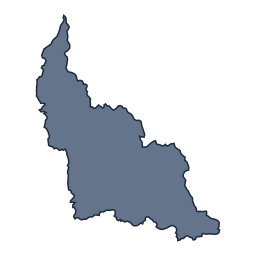 outline of Santa Maria do Suaçuí, Minas Gerais, Brazil
{"feature_id": "56859067B88094460609616", "entity_name": "Santa Maria do Suaçuí", "entity_type": "district", "adm_level": 2, "iso_a3": "BRA", "parent_name": "Brazil", "parent_adm1": "Minas Gerais", "projection": "mercator", "projection_center": [-42.328, -18.209], "detail": "fine", "context": "isolated", "style": "filled", "palette": "slate", "viewbox_px": 256, "rotation_deg": 0, "n_neighbors": 0, "source": "geoboundaries", "source_scale": "gbopen_adm2", "svg_char_len": 4583}
<svg xmlns="http://www.w3.org/2000/svg" viewBox="0 0 256 256"><path d="M63.8,15.4L63.2,17.9L64.1,19.3L63.6,21.1L62.7,22.8L61.7,24.0L60.6,25.5L60.1,27.6L59.6,29.6L59.1,31.6L58.1,33.9L57.0,36.4L55.1,38.1L53.2,39.9L52.0,41.7L51.2,43.9L49.0,45.5L46.7,47.1L45.1,48.2L43.8,49.2L43.4,51.0L42.5,52.9L41.7,55.3L42.5,57.8L45.0,58.7L46.1,61.1L44.8,63.5L44.0,65.3L42.1,66.0L41.4,68.0L42.7,69.0L43.6,70.2L42.8,72.3L42.2,74.8L41.6,76.3L39.2,76.9L38.3,78.8L36.9,79.7L37.0,81.5L37.2,83.6L36.6,86.3L36.6,89.0L36.5,91.2L36.7,93.6L36.4,96.0L37.9,98.0L38.6,99.8L40.0,101.5L40.6,103.2L42.5,103.4L44.9,103.6L44.7,105.2L42.5,106.9L41.5,109.2L39.3,109.9L41.1,111.9L43.8,111.5L45.8,112.5L43.9,113.5L45.7,115.1L47.0,116.8L46.9,118.9L45.5,120.3L45.4,122.7L44.6,125.4L44.2,127.3L46.2,128.4L47.1,130.0L48.2,132.0L48.6,134.1L49.4,135.5L49.2,137.5L48.0,139.0L48.1,140.8L48.4,142.9L48.7,145.3L50.3,146.3L52.6,146.8L54.2,148.8L56.0,148.1L57.6,148.7L59.3,150.4L61.6,149.6L63.2,150.2L65.0,149.1L66.1,150.9L66.7,152.6L66.8,154.4L67.7,156.4L68.3,158.5L68.7,161.1L68.6,163.6L67.5,165.4L68.8,167.7L68.0,169.6L67.7,171.5L67.6,173.2L68.3,175.0L68.2,177.7L68.1,180.3L67.7,182.8L68.1,185.1L68.3,187.8L68.7,189.8L70.9,190.7L71.2,192.5L72.6,194.1L74.2,195.2L74.1,196.8L72.7,198.6L70.8,200.5L70.3,202.2L72.4,202.2L75.2,202.5L73.8,203.7L72.7,205.1L72.9,207.5L74.4,207.4L75.4,209.4L75.8,211.8L75.4,213.7L74.2,215.0L73.7,216.8L75.0,218.9L76.6,217.9L78.2,217.6L79.8,219.1L81.7,219.9L83.1,219.2L85.0,219.4L86.8,218.9L88.5,217.4L90.6,216.9L92.3,216.9L93.7,215.9L95.0,214.8L97.0,215.1L99.2,215.4L99.5,213.5L100.5,211.9L102.2,211.9L104.0,211.8L105.6,210.5L107.2,210.2L109.6,210.4L111.6,210.0L113.4,209.8L115.1,210.7L115.2,212.8L115.3,214.6L114.1,216.0L116.1,217.3L116.8,219.6L118.6,220.7L120.5,219.6L121.0,221.3L123.1,220.5L124.4,222.0L125.9,221.6L127.4,221.1L129.6,222.2L131.4,223.5L133.0,225.5L135.0,225.8L137.6,225.4L139.4,224.1L141.0,222.9L142.6,223.9L143.5,221.4L145.5,220.3L145.2,218.2L146.8,216.8L149.0,217.2L150.2,218.5L152.4,219.9L153.7,221.8L155.7,222.1L157.2,224.7L156.1,226.9L158.0,228.2L160.3,229.2L162.5,229.4L164.5,228.9L167.3,227.7L169.6,226.4L172.0,225.4L174.6,226.4L176.6,228.5L176.6,230.8L175.6,233.0L177.3,234.4L176.3,236.5L177.9,238.7L177.7,240.6L180.0,240.0L181.3,238.5L183.3,238.5L184.7,237.4L185.8,236.2L187.7,235.8L189.8,237.3L192.0,237.7L193.2,240.0L195.3,239.4L196.3,237.2L198.1,236.6L199.7,236.7L201.9,236.3L202.1,233.7L203.8,233.6L205.9,234.2L208.8,233.9L210.7,233.9L213.2,234.2L215.6,234.2L217.6,233.8L219.0,232.5L219.6,229.8L217.8,229.0L218.9,227.1L219.1,224.7L219.2,222.4L217.7,220.5L215.7,219.6L213.1,218.8L210.9,218.4L209.6,217.3L207.9,216.0L206.3,215.3L206.7,213.1L206.4,211.1L203.7,211.5L201.7,211.6L199.9,211.2L198.2,211.8L196.8,211.2L196.4,209.6L196.1,208.0L194.7,206.1L193.6,204.0L193.2,202.3L192.5,200.8L192.6,198.9L192.1,197.4L190.5,195.6L189.3,193.6L188.6,191.5L186.7,189.2L185.7,187.0L184.7,185.8L185.0,183.6L185.7,180.4L184.3,178.1L182.9,176.2L183.6,173.9L184.5,171.8L186.5,170.6L188.6,170.1L188.8,168.0L188.3,165.4L187.5,163.7L186.8,161.7L184.7,160.4L184.9,158.7L185.0,157.1L183.3,155.9L181.6,154.4L180.4,152.6L180.3,150.9L179.1,149.8L177.5,149.0L175.3,147.3L174.5,145.3L174.1,143.4L172.5,143.7L170.8,143.9L169.1,145.2L166.9,146.0L165.3,144.3L163.2,145.9L161.6,145.7L159.9,144.7L156.8,144.3L156.1,142.6L155.5,140.7L153.4,141.3L151.8,142.4L150.1,143.7L148.3,145.4L146.7,146.9L144.5,147.0L142.4,146.8L142.2,144.8L142.0,141.9L140.5,139.9L140.1,137.9L139.7,136.2L142.0,137.0L144.1,137.1L144.7,134.4L143.9,132.1L143.2,129.8L142.4,127.5L141.7,125.6L141.4,123.5L141.1,121.6L139.4,120.3L136.6,120.5L134.3,119.5L133.5,117.7L132.7,116.3L131.9,114.8L130.1,113.5L127.9,112.3L126.8,110.4L126.3,108.8L124.8,108.0L122.9,108.0L122.1,106.5L120.6,105.7L118.6,105.7L117.3,107.2L116.2,108.5L114.8,109.4L113.3,110.2L112.0,109.0L110.7,107.9L109.4,106.1L107.2,105.9L105.5,103.9L104.0,104.9L104.2,106.9L103.0,108.0L100.9,106.6L98.6,105.0L97.4,106.2L96.2,107.5L94.0,108.4L92.0,106.7L90.2,106.8L90.4,104.6L90.4,102.8L90.0,101.1L90.6,99.2L89.6,97.5L88.5,96.5L87.3,95.3L86.8,93.7L87.4,91.6L86.1,90.1L86.2,88.1L87.1,86.6L86.9,85.0L85.2,84.0L83.4,84.4L83.1,82.5L82.2,81.0L80.1,80.3L77.4,80.9L76.7,78.4L76.3,76.3L75.4,74.6L73.7,73.5L71.3,72.4L68.4,71.9L66.9,69.9L66.0,67.6L66.6,65.5L67.0,63.6L67.1,61.8L67.5,59.9L67.3,57.4L65.8,55.8L64.8,54.5L64.6,52.8L65.8,51.6L67.3,51.0L68.4,49.7L69.7,48.3L69.7,46.6L69.7,44.6L68.5,42.5L67.1,40.3L67.8,38.0L67.6,35.1L67.2,32.8L67.0,30.9L68.4,29.1L69.2,27.0L68.5,25.6L67.5,24.3L66.4,23.2L66.1,21.2L66.1,19.0L65.7,17.3L63.8,15.4Z" fill="#64748b" stroke="#1e293b" stroke-width="1.5"/></svg>